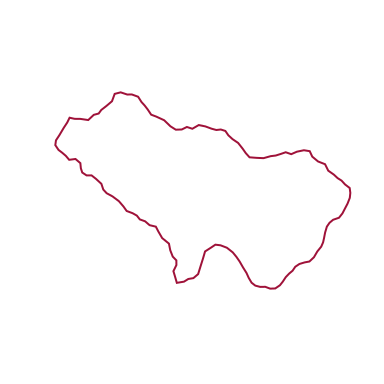 outline of São João do Manhuaçu, Minas Gerais, Brazil, rotated 116°
{"feature_id": "56859067B45199340096443", "entity_name": "São João do Manhuaçu", "entity_type": "district", "adm_level": 2, "iso_a3": "BRA", "parent_name": "Brazil", "parent_adm1": "Minas Gerais", "projection": "mercator", "projection_center": [-42.151, -20.379], "detail": "fine", "context": "isolated", "style": "outline", "palette": "rose", "viewbox_px": 384, "rotation_deg": 116, "n_neighbors": 0, "source": "geoboundaries", "source_scale": "gbopen_adm2", "svg_char_len": 1843}
<svg xmlns="http://www.w3.org/2000/svg" viewBox="0 0 384 384"><g transform="rotate(116 192 192)"><path d="M209.8,335.4L212.7,330.4L213.6,325.9L214.8,321.3L216.9,316.5L213.4,311.2L215.0,305.0L219.4,302.3L222.6,299.2L223.3,294.1L221.1,289.5L222.3,284.0L224.4,277.0L228.7,272.8L230.5,268.2L230.8,261.5L232.3,253.7L235.0,247.4L237.7,242.4L237.1,236.1L237.4,231.2L239.5,226.9L238.9,221.3L240.4,215.6L239.0,209.3L242.2,205.0L246.5,198.6L248.5,190.1L253.9,186.0L258.5,181.0L260.3,176.1L264.5,174.0L271.3,174.0L275.1,170.5L280.3,165.8L276.1,159.9L271.8,157.2L268.8,153.0L263.1,150.5L254.7,151.8L246.7,153.0L239.7,154.2L233.6,150.5L229.1,147.9L227.4,143.0L226.8,136.2L228.4,128.9L230.8,123.7L233.6,118.7L237.4,113.1L240.9,107.5L244.3,103.4L247.4,98.7L248.4,94.1L247.4,89.1L245.1,84.6L244.6,79.4L242.2,74.9L237.3,72.1L232.8,71.1L227.4,70.4L222.7,68.9L218.7,67.1L213.9,66.4L209.6,63.9L205.9,59.9L203.0,56.0L197.2,53.8L190.5,53.3L184.5,51.9L179.8,52.1L175.6,53.1L170.0,54.6L164.0,55.6L159.4,54.9L155.1,53.0L150.7,48.6L145.3,47.4L140.9,47.3L134.3,47.1L128.1,47.6L123.4,49.3L119.3,52.0L118.1,57.8L116.2,62.6L115.7,67.2L114.2,72.1L113.1,78.9L108.7,84.6L109.3,92.1L107.5,99.4L103.7,104.1L105.4,109.7L109.8,115.4L114.5,119.4L115.2,125.2L118.7,128.7L122.5,132.7L125.3,137.0L130.2,142.5L132.9,148.7L135.6,155.5L133.5,160.7L131.0,165.2L127.7,172.0L126.7,178.8L125.1,184.2L122.5,188.8L123.2,193.5L125.6,197.3L126.5,202.0L127.2,208.8L128.9,215.3L135.0,219.4L135.8,225.1L140.3,228.6L143.1,233.9L142.4,240.2L139.7,248.5L139.9,257.2L140.4,262.6L137.3,267.9L135.0,272.5L133.3,276.8L130.0,282.2L130.7,288.8L132.8,293.0L133.7,299.8L137.7,304.5L145.5,303.7L152.1,306.6L158.0,309.5L162.4,310.3L165.7,314.1L172.8,316.8L175.3,324.6L177.7,329.6L178.9,334.6L184.2,334.6L190.5,335.4L199.0,336.1L205.2,336.9L209.8,335.4Z" fill="none" stroke="#9f1239" stroke-width="2"/></g></svg>